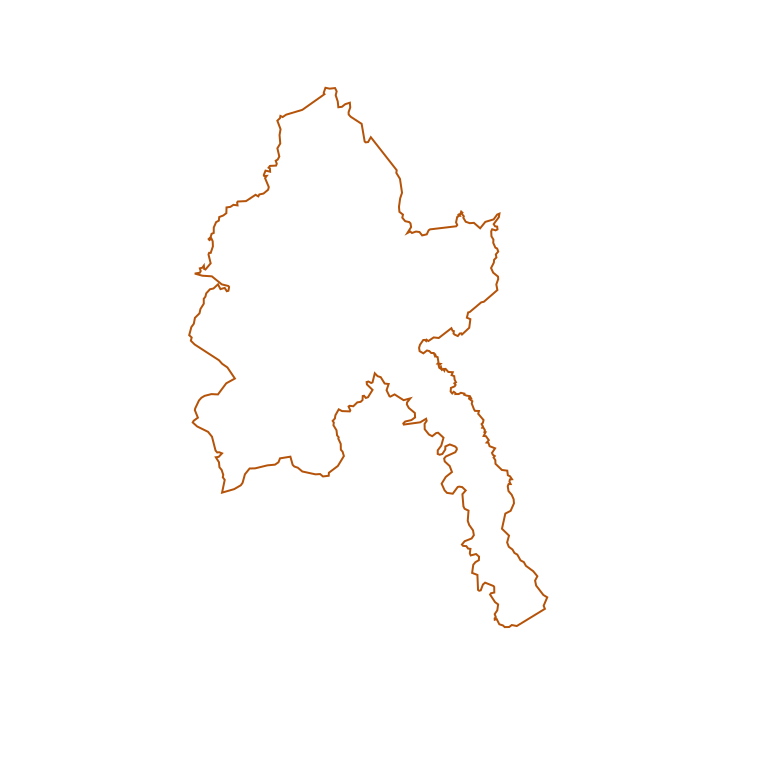 Ventanas, Los Rios, Ecuador, rotated 143°
{"feature_id": "8360857B83829792617197", "entity_name": "Ventanas", "entity_type": "district", "adm_level": 2, "iso_a3": "ECU", "parent_name": "Ecuador", "parent_adm1": "Los Rios", "projection": "orthographic", "projection_center": [-79.44, -1.323], "detail": "fine", "context": "isolated", "style": "outline", "palette": "amber", "viewbox_px": 768, "rotation_deg": 143, "n_neighbors": 0, "source": "geoboundaries", "source_scale": "gbopen_adm2", "svg_char_len": 6166}
<svg xmlns="http://www.w3.org/2000/svg" viewBox="0 0 768 768"><g transform="rotate(143 384 384)"><path d="M562.4,426.7L562.9,420.8L565.5,416.6L565.4,413.0L567.1,408.1L568.9,406.5L568.9,403.3L578.7,394.7L566.9,390.2L559.3,389.3L556.4,390.2L549.4,395.6L542.2,397.4L537.7,394.2L526.1,389.2L519.6,385.2L515.4,385.0L511.8,387.2L502.5,382.3L505.6,374.4L505.3,372.1L503.2,369.0L501.9,363.3L493.1,353.1L489.2,350.5L488.4,346.9L483.4,344.0L481.4,346.3L470.2,346.3L459.4,350.6L457.8,354.9L458.0,357.5L454.6,362.2L453.4,367.8L452.3,368.7L452.4,371.2L449.8,375.6L449.2,381.5L447.3,383.4L447.2,385.4L444.0,386.0L441.6,388.3L435.4,391.0L433.8,387.6L427.8,382.7L426.8,383.2L425.8,387.4L424.6,387.3L421.9,384.7L416.4,385.4L413.4,383.8L410.8,384.1L408.2,387.2L407.0,386.6L406.9,383.8L404.7,383.1L396.7,386.2L397.9,393.9L396.7,396.0L395.0,395.4L393.6,392.5L392.2,392.2L384.9,398.1L384.4,394.1L382.5,391.4L383.2,384.0L380.3,381.2L385.7,377.5L387.0,370.9L386.5,370.1L381.8,369.3L378.1,359.3L371.7,356.7L376.7,355.4L378.0,354.0L378.6,350.0L376.8,342.3L379.3,338.6L383.8,338.7L389.7,341.3L392.3,340.9L392.6,339.7L378.1,331.6L371.3,330.9L372.1,328.9L375.6,327.7L378.7,323.4L378.5,316.6L376.9,313.3L371.8,313.4L370.1,312.5L368.8,305.3L375.4,300.3L381.0,298.7L383.2,295.8L382.1,294.0L379.5,293.0L374.5,294.8L372.6,297.2L367.8,296.1L364.8,291.3L364.5,289.2L365.2,287.9L368.1,286.6L378.2,288.9L380.8,288.3L382.1,285.6L380.9,279.0L382.7,272.8L390.6,272.6L398.0,269.7L399.6,262.6L399.2,259.1L395.1,255.0L387.1,257.4L385.6,256.7L383.6,254.6L382.8,249.8L387.7,248.8L394.2,238.5L394.7,235.8L392.7,232.0L399.5,224.3L400.8,220.1L401.0,213.5L403.2,209.2L407.0,207.9L414.2,209.9L418.4,208.9L418.3,207.2L415.8,204.9L415.9,202.0L414.2,200.3L417.4,197.1L417.9,194.9L412.8,192.8L412.0,188.9L414.3,186.2L418.2,186.7L421.5,185.9L427.3,180.1L424.3,175.3L432.8,163.0L432.4,161.6L430.9,161.0L425.7,164.3L422.8,164.5L418.1,156.7L418.2,155.5L421.4,151.1L424.5,152.5L426.0,152.0L426.6,143.0L425.5,139.3L429.7,135.1L434.1,133.6L435.0,130.5L436.7,130.2L437.4,129.1L435.5,128.4L436.5,122.7L434.3,119.6L433.9,117.2L430.3,114.6L427.0,114.6L423.6,110.8L390.8,107.6L390.0,110.8L382.0,115.4L383.7,119.6L383.8,131.5L381.6,136.1L377.2,138.2L377.5,144.7L380.1,153.4L379.5,157.6L381.1,161.0L380.2,167.5L381.5,170.6L381.0,174.5L382.3,178.9L381.0,183.4L375.4,187.7L376.9,197.4L365.1,207.5L359.2,206.5L352.0,210.5L349.8,214.0L348.7,218.7L349.0,223.6L346.7,227.9L344.7,229.1L343.1,227.9L342.6,230.5L340.9,232.0L339.1,230.9L338.9,234.4L340.0,236.6L337.7,240.6L341.6,244.4L343.0,253.2L340.9,256.2L340.7,259.4L338.9,259.8L339.7,262.0L339.2,264.0L334.0,265.8L337.1,270.8L336.0,274.2L337.2,275.4L334.1,276.1L334.0,281.0L335.7,282.5L331.9,284.4L332.7,285.2L331.2,286.4L330.9,289.3L331.8,290.0L330.5,290.7L330.2,293.3L328.4,293.5L326.2,295.3L326.7,303.5L324.4,305.3L327.5,307.8L327.4,309.5L325.7,315.6L323.8,317.1L324.9,321.1L324.0,321.9L323.0,320.6L322.7,322.6L325.1,325.1L326.4,327.2L325.6,327.9L327.9,330.7L330.4,331.0L333.1,333.0L332.4,333.9L333.0,335.8L335.2,335.4L335.3,337.9L332.9,340.6L329.0,339.6L327.4,340.2L327.4,342.2L325.5,342.0L325.0,345.0L323.2,348.0L324.7,350.4L322.0,352.0L325.4,354.9L325.7,359.0L326.5,359.5L327.8,358.4L327.8,360.3L329.2,360.4L328.2,363.4L329.7,362.5L330.1,363.7L329.1,366.1L326.9,366.2L328.9,368.0L327.6,368.3L325.0,373.2L326.0,374.7L325.5,376.1L326.4,375.8L325.6,378.8L327.6,380.3L328.0,383.0L329.5,384.9L334.1,384.8L335.8,388.8L334.2,391.8L331.6,393.7L326.2,395.5L324.8,394.6L324.5,393.0L323.4,393.7L322.7,391.6L316.3,391.3L312.6,387.8L296.6,388.0L297.2,385.3L296.4,384.2L298.1,382.5L297.9,381.0L296.2,377.9L293.1,378.7L291.8,377.9L291.9,376.6L282.1,377.6L276.0,383.8L277.9,387.1L273.7,390.5L272.3,389.9L257.2,390.7L254.8,389.6L236.9,390.8L234.4,395.9L229.6,399.1L228.3,401.2L229.8,407.2L228.7,412.2L223.3,414.8L221.2,417.0L218.1,417.4L216.7,420.2L213.1,421.0L212.1,424.1L213.0,425.9L211.8,431.0L209.7,433.5L209.3,437.3L206.5,441.4L204.5,442.5L202.4,439.5L200.3,439.2L198.9,441.6L200.4,443.1L200.2,445.7L191.9,448.1L189.3,450.6L191.6,451.2L197.4,449.5L205.5,452.5L213.5,450.5L215.2,458.6L218.7,460.8L221.1,464.4L220.6,469.0L219.3,469.9L219.5,473.3L218.3,473.6L218.6,475.2L220.8,473.8L221.8,474.2L222.1,472.8L223.1,474.0L223.7,473.1L225.1,473.3L229.2,469.7L229.8,466.9L231.4,466.5L254.2,479.8L255.8,479.9L259.8,477.8L264.1,479.7L264.2,484.0L266.7,486.5L270.8,487.8L271.3,490.0L274.5,490.5L267.9,493.0L266.2,496.3L266.4,498.1L269.1,501.3L269.3,505.8L266.9,507.9L268.1,512.2L265.4,516.5L259.4,522.5L254.5,525.9L247.8,538.2L247.1,545.2L245.2,547.1L246.0,589.0L251.1,586.8L253.2,588.0L253.5,589.3L245.3,605.2L249.8,617.6L250.0,620.5L248.7,622.4L244.5,625.2L242.0,629.2L246.5,630.8L250.8,630.7L253.9,632.5L250.9,637.5L248.8,643.7L245.7,646.2L245.0,649.8L249.7,652.6L252.5,655.8L257.1,652.7L257.1,651.3L284.2,652.1L300.1,658.0L304.3,658.2L305.4,660.4L307.1,658.9L310.7,658.5L313.3,649.7L317.6,645.7L322.1,638.5L327.3,636.4L330.7,628.7L333.8,627.2L336.1,627.5L337.1,624.4L338.8,623.4L343.8,626.8L346.0,626.2L345.4,624.8L347.2,622.1L350.2,625.7L354.3,623.2L354.5,622.2L352.4,620.8L355.1,620.0L357.5,610.6L359.6,608.9L365.6,608.6L369.5,610.4L371.5,609.5L372.7,612.4L384.1,613.1L390.9,617.7L392.0,617.4L393.5,614.8L396.4,617.7L400.1,617.9L403.5,619.8L407.1,615.3L410.9,615.3L415.1,616.5L417.6,613.9L420.7,614.3L425.8,611.4L429.1,607.1L431.3,607.7L434.1,605.6L436.8,605.3L436.8,604.0L434.3,603.9L434.9,601.1L437.8,596.9L443.5,593.0L444.7,594.0L446.2,593.1L449.8,584.7L457.7,582.9L458.4,584.1L456.6,587.0L459.1,586.2L461.5,587.2L462.4,584.5L464.1,583.7L468.7,586.1L463.9,579.8L456.7,573.6L453.6,561.2L449.3,555.9L449.3,554.7L452.2,552.1L453.7,552.7L453.4,556.6L457.5,558.2L456.6,563.5L462.7,562.9L466.0,564.4L471.4,563.4L474.1,561.2L476.7,560.5L479.6,556.6L485.4,554.4L488.8,551.5L495.2,550.6L499.6,546.6L503.6,545.4L510.2,540.2L509.6,536.9L512.2,534.8L511.4,529.4L501.5,502.3L501.1,497.5L499.1,491.5L499.8,478.1L509.6,479.5L522.9,475.6L527.9,479.8L534.4,482.5L538.1,482.9L541.7,482.2L549.5,478.1L550.8,477.0L552.9,469.1L558.1,469.2L559.9,468.4L558.8,462.6L553.3,451.7L553.1,445.4L558.6,432.2L558.4,429.7L556.7,428.7L555.1,426.1L559.9,425.3L562.4,426.7Z" fill="none" stroke="#b45309" stroke-width="2"/></g></svg>